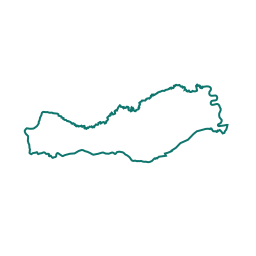 outline of Andalucía, Valle del Cauca, Colombia, rotated 134°
{"feature_id": "7082276B16460113853729", "entity_name": "Andalucía", "entity_type": "district", "adm_level": 2, "iso_a3": "COL", "parent_name": "Colombia", "parent_adm1": "Valle del Cauca", "projection": "albers", "projection_center": [-76.175, 4.142], "detail": "fine", "context": "isolated", "style": "outline", "palette": "teal", "viewbox_px": 256, "rotation_deg": 134, "n_neighbors": 0, "source": "geoboundaries", "source_scale": "gbopen_adm2", "svg_char_len": 5861}
<svg xmlns="http://www.w3.org/2000/svg" viewBox="0 0 256 256"><g transform="rotate(134 128 128)"><path d="M214.0,179.4L212.0,178.9L210.8,178.0L210.2,177.5L208.9,176.9L208.6,176.4L209.2,175.2L209.1,174.4L208.8,174.2L207.8,173.9L206.4,172.8L204.2,171.8L203.7,171.2L203.5,170.4L203.5,168.9L202.9,168.2L202.1,167.7L201.7,166.8L201.9,166.3L202.9,165.7L203.0,165.2L202.8,164.8L202.1,164.7L201.6,164.3L201.9,162.2L201.7,161.3L200.8,161.1L199.4,160.1L199.0,160.0L198.1,160.1L197.0,161.1L196.5,161.3L195.2,161.4L194.9,161.2L194.7,160.8L193.9,156.0L193.5,155.4L191.2,154.5L186.9,151.9L183.4,148.8L178.7,147.5L176.1,146.1L175.2,145.0L174.5,142.8L173.3,140.6L172.2,137.5L171.8,135.5L171.2,134.3L167.5,131.7L163.8,129.6L162.9,128.8L161.9,126.3L159.9,124.0L156.6,122.4L155.9,120.9L155.9,119.7L155.6,119.2L154.8,119.0L153.1,119.2L151.7,118.3L151.0,117.7L149.2,115.0L148.9,113.9L148.9,111.5L148.3,109.6L148.0,107.2L148.0,106.4L148.6,103.2L148.6,102.5L148.3,101.8L147.6,100.9L146.6,100.3L145.6,98.4L144.9,98.0L144.1,96.9L142.6,95.7L141.9,94.1L141.0,92.8L139.8,91.7L139.2,90.6L138.1,89.3L137.1,88.7L135.2,87.9L131.4,87.8L131.0,87.4L131.0,86.9L129.9,86.7L129.7,86.0L127.2,85.8L121.6,81.4L120.7,83.7L118.2,82.2L114.3,80.5L114.0,81.0L109.1,79.8L102.5,79.8L94.8,76.7L86.7,76.7L82.6,76.2L74.6,71.4L72.9,69.9L71.8,68.2L71.1,68.4L70.4,67.6L70.9,66.0L71.1,64.5L70.0,63.1L69.2,62.6L69.3,61.7L69.2,61.4L68.4,61.2L67.4,61.7L67.2,61.5L67.2,61.0L65.7,60.6L65.7,58.5L66.1,56.1L64.6,55.3L63.1,56.0L61.1,56.2L60.3,56.5L58.2,57.6L56.7,58.6L57.3,59.2L59.5,60.7L63.5,63.9L63.7,64.3L63.7,65.0L63.2,65.5L62.6,65.6L60.6,64.9L59.9,64.8L58.4,65.2L57.4,65.9L57.1,66.4L56.8,69.2L56.5,70.0L55.6,71.2L54.1,72.5L51.2,73.5L49.9,74.5L49.1,76.7L48.5,77.8L48.3,78.7L48.4,79.9L49.0,80.8L52.1,82.8L52.8,83.4L53.2,84.1L53.1,85.2L52.1,86.2L50.8,86.6L50.3,86.5L49.5,86.0L47.2,84.2L46.4,83.9L45.9,83.9L45.0,84.3L44.1,85.0L43.6,85.9L43.5,86.6L43.7,87.5L46.8,90.3L47.3,91.2L47.4,92.4L46.8,93.5L45.3,94.6L43.4,94.8L42.3,95.4L41.7,96.3L41.6,97.3L42.0,98.6L43.2,100.2L45.9,102.3L46.5,103.1L47.0,102.5L47.5,102.4L47.6,103.2L48.3,103.1L48.3,103.4L48.8,103.7L48.8,104.0L48.2,104.1L48.6,104.7L48.5,105.2L47.8,105.3L47.6,105.7L47.8,106.2L49.4,107.1L49.5,107.3L48.6,108.1L48.7,108.4L49.1,108.5L49.8,108.2L50.4,108.3L50.6,108.2L51.2,107.0L52.4,105.4L52.9,104.5L53.5,104.3L55.1,105.2L56.0,106.3L56.4,107.2L56.8,107.1L57.4,107.5L57.8,107.4L58.7,108.0L59.3,109.3L58.8,109.6L58.7,110.1L59.1,110.5L60.3,110.5L60.8,111.5L60.3,112.4L60.2,113.0L60.7,113.8L61.1,113.9L59.6,114.9L59.5,115.5L59.9,115.7L60.0,116.1L59.6,116.1L59.7,116.4L61.1,116.8L61.0,117.6L60.6,118.1L61.6,119.0L61.3,120.9L61.8,121.3L62.2,121.4L62.8,121.9L63.5,123.4L63.8,123.5L64.8,123.2L65.3,123.5L65.4,124.2L65.8,124.3L67.0,123.2L67.9,123.2L68.2,123.4L68.3,124.0L68.6,124.3L69.5,124.3L69.1,125.1L69.6,125.4L70.5,125.7L71.2,125.5L71.7,125.9L72.7,126.1L74.6,127.5L75.9,127.5L77.4,129.2L79.7,130.1L80.2,130.6L81.1,130.8L81.7,131.2L82.4,131.1L82.9,131.4L83.4,131.3L84.0,131.6L85.8,131.9L86.0,132.1L85.8,132.4L85.9,132.6L87.0,132.4L87.2,132.7L86.9,133.5L87.3,134.0L87.8,133.9L88.2,133.1L88.5,133.2L88.7,133.8L89.0,133.9L89.3,133.7L89.3,133.4L89.5,133.1L89.9,133.3L90.7,132.9L91.5,133.3L92.0,133.1L92.4,133.9L92.8,134.1L93.4,134.7L94.2,134.6L94.9,135.0L95.7,134.6L96.2,134.6L98.5,137.0L99.4,136.6L100.1,137.1L102.0,137.4L102.3,137.0L102.3,136.0L103.4,135.5L104.0,135.7L104.9,134.8L105.7,134.8L105.7,133.9L106.7,133.8L107.2,133.5L109.4,134.6L110.6,134.2L111.2,134.9L111.3,136.2L110.3,137.6L110.1,138.5L110.5,138.7L111.3,138.4L111.5,138.7L110.7,139.4L110.6,139.8L110.9,139.8L111.5,139.2L112.3,138.8L112.7,137.1L114.0,137.5L113.8,138.5L114.6,139.5L114.6,140.2L114.2,140.7L113.3,141.1L112.9,141.5L112.8,142.7L113.0,142.9L113.3,142.6L113.6,142.6L113.7,142.9L113.5,143.6L113.7,143.8L114.8,143.5L115.6,143.9L115.8,144.2L115.8,145.1L116.6,144.8L116.9,144.8L116.9,145.6L116.5,146.3L117.7,147.8L117.2,148.9L117.3,149.6L120.2,149.3L121.4,148.7L122.5,148.7L123.0,148.0L123.5,148.3L123.9,149.2L125.0,149.3L125.5,149.0L125.7,148.3L126.3,147.8L126.4,147.4L126.7,147.3L128.7,148.2L128.7,149.1L128.2,150.1L128.3,150.5L129.7,150.1L130.4,150.4L130.7,150.1L130.8,149.4L131.3,149.3L131.8,149.5L132.3,150.1L133.5,150.0L134.8,150.2L135.2,149.8L135.4,148.8L135.7,148.4L137.0,148.0L137.9,148.3L138.3,148.3L139.4,147.4L139.7,147.4L140.3,147.5L140.9,147.9L140.4,148.8L140.5,149.4L140.8,149.8L141.5,150.2L143.7,150.7L143.6,151.1L142.9,151.7L142.9,152.1L143.2,152.3L143.7,152.3L144.9,152.8L146.0,151.9L146.3,151.8L147.2,152.4L147.6,153.5L147.9,153.6L149.1,153.3L150.2,153.6L150.9,152.9L151.0,152.9L151.3,153.9L152.1,153.8L152.4,154.0L152.2,155.3L152.9,155.4L153.7,156.6L155.6,156.6L155.8,157.3L156.5,157.1L156.9,157.6L157.1,158.1L157.3,158.1L157.6,157.8L157.8,158.3L158.2,158.5L158.4,159.0L158.0,159.2L157.9,159.8L157.3,160.0L156.8,160.6L156.9,161.0L157.2,161.2L157.9,161.4L158.2,161.9L159.0,161.8L159.1,162.1L158.6,162.6L158.6,163.1L160.0,163.7L160.6,164.5L161.2,164.5L161.4,164.8L161.1,165.4L161.4,166.0L162.7,166.4L162.7,166.7L162.1,167.0L162.3,168.1L162.8,168.1L162.9,168.3L162.2,168.8L162.7,170.1L162.5,170.5L162.9,170.9L163.6,171.0L163.4,171.5L163.9,172.0L163.6,172.8L163.7,173.6L164.4,175.4L164.7,175.5L164.8,176.2L165.3,176.6L165.3,178.1L166.3,179.4L166.2,180.2L166.5,180.8L165.7,181.4L166.7,183.0L166.1,183.5L166.0,184.1L167.4,186.5L166.5,187.6L166.5,188.0L166.9,189.0L169.5,192.3L169.5,192.8L169.9,193.5L171.6,195.1L172.5,197.0L173.7,198.1L175.0,199.9L175.9,200.4L176.9,200.4L177.9,199.9L178.8,199.3L181.5,198.5L183.9,197.0L185.8,196.4L186.5,195.5L188.0,195.1L190.1,194.8L193.4,195.4L194.5,195.9L196.7,198.0L198.5,200.6L200.4,200.7L201.8,200.3L202.5,199.4L203.2,197.4L203.2,194.5L204.0,193.4L206.3,191.6L207.1,190.7L207.2,190.3L208.1,189.0L208.5,187.6L210.8,185.0L211.7,183.3L212.4,183.1L213.1,182.4L214.3,181.6L214.4,180.7L214.0,179.4Z" fill="none" stroke="#0f766e" stroke-width="2"/></g></svg>